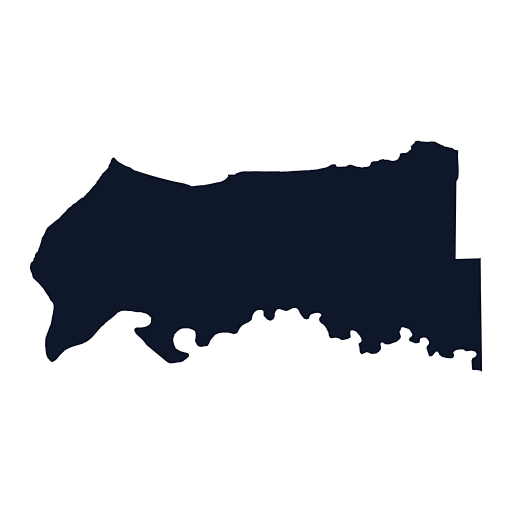 Kiang West, Lower River, Gambia
{"feature_id": "56634734B57370738255875", "entity_name": "Kiang West", "entity_type": "district", "adm_level": 2, "iso_a3": "GMB", "parent_name": "Gambia", "parent_adm1": "Lower River", "projection": "orthographic", "projection_center": [-15.997, 13.345], "detail": "fine", "context": "isolated", "style": "filled", "palette": "ink", "viewbox_px": 512, "rotation_deg": 0, "n_neighbors": 0, "source": "geoboundaries", "source_scale": "gbopen_adm2", "svg_char_len": 6034}
<svg xmlns="http://www.w3.org/2000/svg" viewBox="0 0 512 512"><path d="M71.8,346.1L82.0,343.1L86.6,340.8L88.6,339.4L91.8,336.6L100.9,326.1L103.9,323.8L104.5,322.6L105.5,322.0L114.1,315.1L116.0,313.3L117.0,312.1L121.2,310.2L125.8,309.8L126.8,310.2L130.4,310.2L134.0,310.8L136.2,311.4L140.8,311.4L146.0,312.8L148.0,313.7L151.6,317.0L152.0,318.0L151.5,323.0L149.7,325.4L148.1,326.4L145.5,327.6L141.3,328.3L136.3,328.3L135.5,328.9L134.9,330.1L136.5,333.3L143.1,339.3L147.3,344.7L167.4,361.3L169.6,362.5L171.6,362.5L174.2,362.3L177.2,361.7L181.0,361.3L181.2,360.7L182.6,360.7L184.0,359.5L186.2,358.0L188.2,356.0L188.2,354.8L187.6,353.8L183.2,352.8L180.0,351.8L176.5,349.8L174.7,348.4L174.7,347.4L173.9,346.4L172.7,342.2L172.3,339.0L173.9,333.8L174.9,332.9L176.9,330.7L180.3,328.3L182.5,327.7L184.3,327.5L188.3,327.5L187.7,327.7L188.9,327.5L194.5,329.6L196.1,331.8L196.5,334.6L196.5,336.8L195.7,340.8L197.5,344.2L198.7,345.6L201.3,346.2L203.5,345.6L206.1,345.4L207.1,345.2L208.5,343.0L209.9,339.7L214.7,334.1L218.5,332.5L221.4,331.9L227.8,331.8L230.8,332.4L233.2,333.2L234.6,333.2L235.8,332.8L236.8,332.2L239.4,327.4L242.0,324.7L245.2,322.9L248.6,321.3L250.8,319.5L251.2,318.7L251.4,316.9L252.2,314.2L253.7,312.0L254.5,311.2L256.1,310.0L257.5,309.4L258.3,309.2L261.9,309.2L262.9,309.6L263.7,310.2L264.1,310.8L264.3,312.4L264.4,315.4L267.8,319.0L270.4,320.0L272.8,318.6L273.6,317.2L274.0,316.0L273.9,313.5L275.1,310.7L276.5,308.9L279.3,308.1L285.5,310.1L286.9,310.1L290.7,308.4L292.1,307.6L293.3,307.2L296.3,307.2L298.7,308.8L301.1,313.8L304.5,318.0L306.5,318.6L308.1,318.2L309.5,314.6L311.3,313.4L314.7,312.4L317.1,312.0L319.6,312.3L321.8,313.7L322.1,314.4L322.0,315.7L321.5,317.0L320.7,317.3L319.9,318.7L319.9,319.7L320.4,321.3L322.3,323.1L323.4,323.4L325.8,326.1L327.1,328.2L327.8,329.8L329.1,332.0L329.6,335.4L330.5,337.0L331.2,337.5L335.2,336.9L336.8,337.0L340.0,338.0L341.4,339.2L343.8,339.1L347.5,338.2L349.9,337.0L349.9,335.7L349.5,334.3L349.5,331.6L350.0,330.4L351.1,329.6L353.2,329.6L356.6,330.9L360.4,335.4L361.9,338.0L361.9,338.6L362.2,339.1L362.4,340.0L362.2,341.8L361.1,342.9L359.6,343.8L359.3,344.2L360.0,346.6L360.6,352.1L361.8,353.4L362.4,353.2L366.6,351.3L367.8,351.6L372.0,353.2L376.2,352.7L378.4,351.1L380.0,349.1L380.3,348.0L379.6,343.7L380.4,342.5L381.7,341.4L382.7,341.6L385.7,343.6L389.1,343.6L396.3,341.0L398.8,338.9L399.9,337.6L400.1,336.5L399.7,335.1L399.3,334.4L398.6,331.5L399.7,330.1L400.5,327.3L401.8,326.4L403.4,326.5L407.7,327.8L409.2,328.4L410.1,329.1L413.0,333.7L413.2,334.5L412.7,336.2L411.8,337.3L410.3,338.2L409.7,339.6L410.2,340.4L410.8,340.7L415.4,342.5L418.2,342.3L419.1,341.5L419.1,339.6L419.4,338.3L420.2,337.5L420.7,337.5L422.5,336.8L425.8,336.8L427.3,337.8L429.7,341.1L429.8,341.9L429.8,343.9L429.5,344.8L428.9,345.0L427.5,346.9L427.3,347.6L427.3,348.4L429.7,355.5L431.2,355.5L432.1,355.1L432.6,354.2L435.2,351.3L436.4,350.6L437.7,350.8L439.2,352.4L439.8,354.1L442.5,356.2L443.3,356.2L444.3,356.7L446.8,357.2L449.9,357.5L452.4,357.3L453.2,356.0L453.4,355.0L452.6,353.4L452.4,352.3L453.9,350.4L456.6,349.1L461.0,348.6L462.3,348.6L464.2,348.9L465.4,350.0L466.3,350.5L471.4,349.8L475.6,350.9L477.5,353.8L477.5,354.8L476.7,356.1L476.3,356.6L476.0,357.4L472.9,358.8L472.3,360.9L472.8,369.0L474.1,369.4L475.5,369.1L476.6,369.1L478.2,369.6L479.5,369.6L481.3,370.4L480.3,295.3L480.2,294.7L480.1,277.6L479.9,258.9L479.6,259.1L454.8,259.8L455.6,181.1L457.5,178.0L457.9,173.0L457.9,168.5L457.2,156.4L457.5,151.4L457.2,151.0L456.7,150.8L454.7,150.7L451.9,148.7L451.0,148.7L446.2,147.5L444.4,147.5L443.0,146.2L442.3,146.2L437.2,143.8L435.1,142.5L431.4,142.2L429.0,142.6L425.5,142.6L422.8,142.3L420.6,142.3L419.4,141.6L416.2,141.6L414.8,143.6L414.7,144.1L413.5,144.6L412.6,146.2L411.6,146.4L411.9,147.1L412.0,148.3L411.8,149.5L411.2,150.6L409.6,151.1L409.2,151.4L409.4,151.9L408.6,152.9L407.5,153.0L405.7,153.8L401.3,153.9L400.6,154.8L400.6,155.5L400.2,156.9L399.5,157.7L399.0,159.2L398.4,159.8L396.2,161.1L392.5,161.8L391.5,161.5L390.7,161.5L387.7,160.5L384.2,160.5L383.5,159.9L382.7,159.9L381.3,160.5L379.9,160.5L378.7,161.7L376.7,162.0L374.3,162.0L372.7,162.3L371.6,163.0L371.2,164.8L370.3,166.2L369.5,166.9L366.3,167.8L364.4,167.7L363.1,168.2L360.9,168.2L359.4,167.7L357.0,167.6L350.9,165.5L349.8,165.5L348.2,166.0L346.2,167.3L336.6,167.6L336.6,168.4L336.3,167.0L335.3,166.2L335.3,165.3L334.5,165.0L333.7,165.0L330.9,165.6L330.9,166.0L326.7,168.1L319.9,169.5L317.9,170.1L312.9,170.6L310.7,170.6L309.5,171.0L306.0,171.0L300.2,171.4L294.0,171.7L286.8,172.3L282.2,172.3L281.0,172.5L279.0,172.5L279.0,172.1L265.2,172.2L255.8,172.0L248.4,172.2L244.8,172.1L241.4,172.4L236.6,174.0L236.2,174.8L234.6,175.4L228.8,175.4L229.0,176.6L227.0,178.9L225.4,180.3L222.8,181.7L220.3,182.7L217.3,183.1L209.9,184.8L203.1,186.0L200.7,186.0L192.7,187.0L190.7,186.9L189.3,185.9L183.5,184.1L173.3,182.1L163.5,179.7L155.3,177.5L142.5,173.7L136.5,171.7L135.3,171.5L133.1,170.5L129.5,167.9L125.9,166.9L118.6,162.9L116.8,161.5L113.8,158.3L113.0,158.5L112.0,159.9L111.6,161.1L111.4,162.5L109.3,165.8L109.3,167.0L108.9,168.2L106.1,171.2L102.5,174.6L102.5,175.6L100.7,177.3L100.5,177.9L98.5,181.1L97.5,181.5L97.3,182.9L94.8,186.1L93.8,186.7L89.4,192.2L88.0,193.6L87.0,194.2L86.6,195.4L85.0,196.6L83.6,198.5L82.2,198.5L79.2,200.7L76.0,203.7L73.6,204.7L72.2,206.3L70.7,207.6L68.9,208.6L65.7,212.5L62.3,215.7L59.7,218.8L55.3,222.0L52.1,224.8L47.8,228.3L46.8,230.1L44.8,234.9L42.4,238.5L42.4,239.6L41.4,243.2L40.0,247.6L39.2,249.0L39.2,250.2L38.7,251.4L37.5,252.8L36.9,253.1L35.9,254.7L35.7,255.7L35.7,257.3L34.3,258.7L34.3,259.9L34.1,260.7L33.3,261.9L31.5,263.3L30.7,266.8L30.7,268.7L31.3,269.5L31.3,270.5L31.7,271.7L32.3,272.3L32.5,272.9L33.6,277.5L39.4,282.9L41.2,285.1L44.0,288.1L46.2,291.9L49.2,296.1L51.0,299.8L53.2,302.0L54.0,303.6L54.5,306.2L54.1,310.2L53.5,314.0L52.5,318.3L52.5,319.5L51.3,325.1L50.5,326.5L46.4,337.6L46.0,340.0L45.8,346.4L46.2,347.0L46.4,350.7L46.9,354.3L48.1,357.3L50.9,360.5L52.3,361.3L54.7,359.9L56.3,358.5L59.1,355.0L64.4,349.8L68.4,347.6L71.8,346.1Z" fill="#0f172a" stroke="#020617" stroke-width="1.5"/></svg>